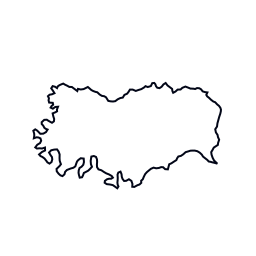 São Domingos, Santa Catarina, Brazil, rotated 66°
{"feature_id": "56859067B49877438071993", "entity_name": "São Domingos", "entity_type": "district", "adm_level": 2, "iso_a3": "BRA", "parent_name": "Brazil", "parent_adm1": "Santa Catarina", "projection": "albers", "projection_center": [-52.555, -26.54], "detail": "fine", "context": "isolated", "style": "outline", "palette": "ink", "viewbox_px": 256, "rotation_deg": 66, "n_neighbors": 0, "source": "geoboundaries", "source_scale": "gbopen_adm2", "svg_char_len": 3599}
<svg xmlns="http://www.w3.org/2000/svg" viewBox="0 0 256 256"><g transform="rotate(66 128 128)"><path d="M149.0,35.6L147.0,35.4L144.7,35.9L142.8,36.9L139.9,37.9L138.5,39.3L135.9,40.7L133.4,41.7L131.3,42.8L129.6,43.0L127.8,41.0L126.5,43.1L124.9,44.9L122.4,45.5L120.7,46.7L119.6,48.7L119.7,50.8L118.6,52.4L117.4,54.9L115.5,56.7L113.5,58.7L113.4,62.0L114.2,64.3L113.1,67.1L114.0,69.8L114.2,72.4L112.3,72.4L110.2,71.8L107.7,73.2L105.2,74.6L102.2,75.3L102.6,77.9L104.0,80.5L104.4,83.0L103.1,84.9L101.2,85.4L99.1,85.2L97.5,85.7L96.9,87.6L99.0,90.1L98.6,93.3L96.9,95.0L97.5,96.8L97.9,100.0L97.5,103.2L97.3,105.8L94.8,108.1L93.7,110.6L95.2,112.8L96.3,114.8L96.3,117.8L98.1,120.4L97.5,122.8L97.6,125.8L98.3,128.7L97.7,130.9L96.6,133.0L95.2,135.0L93.1,135.3L91.0,135.6L89.3,136.8L88.0,138.8L85.8,140.3L82.9,141.5L81.7,143.1L79.9,144.9L78.3,146.1L76.3,147.0L74.2,148.0L74.3,150.2L74.4,152.7L73.6,155.5L71.9,157.8L73.6,159.3L67.7,162.6L66.6,164.9L64.7,166.3L62.7,168.0L61.1,169.1L61.0,171.1L61.0,173.2L61.4,175.2L62.7,176.6L60.6,177.9L59.1,179.8L60.5,182.0L63.4,181.4L66.3,181.0L66.3,183.6L65.7,186.1L66.4,188.2L68.6,188.1L70.4,189.3L72.7,189.7L74.4,186.5L76.3,186.9L76.8,188.8L77.9,190.4L79.8,188.8L79.2,185.9L80.1,183.3L82.2,185.4L83.9,186.0L84.1,188.0L84.0,190.9L87.1,191.5L89.8,191.8L91.8,193.0L92.3,195.3L90.5,196.7L89.0,197.8L87.4,198.8L86.5,201.2L87.6,204.5L89.3,205.2L91.3,204.5L93.9,204.3L95.4,203.4L96.7,202.1L98.4,204.6L98.7,207.7L97.6,210.5L95.0,211.4L93.3,212.1L91.5,213.3L92.0,215.6L95.0,216.0L97.0,216.8L99.1,218.2L99.3,215.3L100.3,213.6L101.9,212.2L104.3,212.5L106.0,214.5L106.4,217.7L108.0,220.6L109.7,219.6L110.6,217.0L111.8,214.8L112.1,211.8L114.8,212.9L114.9,216.3L116.0,220.0L118.0,219.4L119.6,218.0L121.9,216.7L124.6,216.0L126.6,215.6L128.6,214.2L128.0,211.7L125.8,209.9L123.6,209.3L121.2,209.8L118.3,210.1L117.1,207.2L117.7,204.2L118.7,201.5L121.3,201.0L124.3,201.2L127.7,202.8L130.1,203.7L132.0,203.9L133.8,204.0L134.8,205.8L135.6,207.9L136.3,209.9L138.6,210.7L141.5,210.0L143.8,209.0L145.3,207.4L144.5,204.9L142.5,203.3L141.5,200.9L141.7,196.8L142.1,194.0L141.6,191.7L139.3,189.6L137.8,188.1L137.0,186.3L136.4,183.5L137.9,180.9L141.2,182.1L143.4,183.8L144.5,186.2L144.8,188.5L146.6,190.2L148.8,191.4L150.9,191.9L153.7,192.3L154.3,190.0L153.0,188.4L151.1,186.6L151.0,184.5L150.8,181.7L149.8,179.0L148.8,176.7L146.0,176.6L142.9,175.5L139.2,173.1L139.7,170.6L141.4,169.0L144.0,169.1L146.4,170.0L148.8,171.3L151.2,172.2L153.8,171.8L155.8,169.5L158.5,167.8L160.6,166.3L162.6,164.3L165.2,162.4L167.2,162.0L167.5,164.0L166.6,166.1L166.3,168.0L166.9,170.6L168.5,171.6L170.6,170.3L172.3,167.4L174.0,165.1L176.3,163.7L178.7,162.3L177.5,160.5L175.7,160.5L173.6,159.9L171.5,158.7L169.5,157.7L166.3,156.5L164.8,155.0L164.8,152.6L167.6,152.7L170.0,153.5L172.2,153.7L174.8,153.1L175.5,151.2L175.2,148.0L177.7,146.4L180.9,146.7L183.4,148.0L184.4,146.2L184.1,142.7L184.3,140.5L183.5,138.2L181.5,137.4L180.9,135.4L179.0,133.4L177.1,131.1L176.0,128.7L175.4,126.6L174.6,123.7L174.6,120.8L176.3,118.6L177.1,115.9L177.2,113.7L178.1,111.9L180.7,110.8L182.0,108.4L180.0,106.8L177.9,105.1L177.9,102.7L177.4,99.8L177.0,96.9L175.6,95.4L174.5,93.6L175.0,91.0L174.5,88.2L173.5,85.2L173.9,82.3L174.1,80.3L174.8,78.4L175.8,76.2L177.4,74.1L179.7,72.5L182.3,71.4L184.6,71.1L186.9,69.9L189.5,68.5L191.4,67.9L192.5,66.3L193.7,64.9L194.8,63.4L196.9,60.9L192.7,62.6L189.6,62.8L186.3,62.5L183.9,61.8L182.5,59.8L180.8,57.6L180.0,52.8L178.2,51.7L175.8,49.5L172.9,49.5L170.7,49.0L167.8,49.5L164.6,48.8L162.9,46.1L160.1,44.4L155.0,40.2L152.5,37.9L150.5,36.4L149.0,35.6Z" fill="none" stroke="#020617" stroke-width="2"/></g></svg>